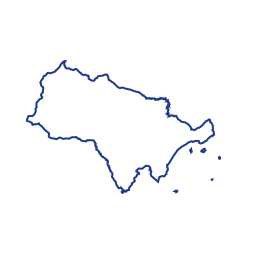 Thung Tako, Chumphon, Thailand, rotated 39°
{"feature_id": "78962969B56019548429008", "entity_name": "Thung Tako", "entity_type": "district", "adm_level": 2, "iso_a3": "THA", "parent_name": "Thailand", "parent_adm1": "Chumphon", "projection": "mercator", "projection_center": [99.077, 10.099], "detail": "fine", "context": "isolated", "style": "outline", "palette": "blue", "viewbox_px": 256, "rotation_deg": 39, "n_neighbors": 0, "source": "geoboundaries", "source_scale": "gbopen_adm2", "svg_char_len": 5854}
<svg xmlns="http://www.w3.org/2000/svg" viewBox="0 0 256 256"><g transform="rotate(39 128 128)"><path d="M185.2,150.9L183.8,147.9L183.3,146.1L183.9,145.5L184.2,144.7L184.8,143.8L186.7,142.7L186.5,140.7L186.8,139.6L185.6,137.9L185.3,135.3L184.9,135.1L184.2,134.2L183.3,134.0L182.9,133.1L182.3,132.5L181.8,132.5L181.6,132.1L182.0,131.4L182.1,129.6L180.8,120.3L180.5,113.6L181.7,108.3L183.3,104.3L184.3,100.7L185.2,99.1L186.0,98.1L187.1,98.1L188.4,95.9L190.4,93.9L191.5,93.6L192.1,94.5L192.8,94.8L194.3,94.3L195.0,92.8L195.7,92.3L196.4,89.5L197.0,88.7L197.0,85.2L197.9,81.4L198.2,81.1L198.8,81.0L198.7,80.3L199.1,79.1L198.4,78.9L197.8,77.6L197.4,77.2L195.9,76.7L194.9,76.5L194.7,75.4L192.1,72.5L189.5,71.5L187.8,71.6L187.1,70.3L186.4,70.0L185.5,70.5L184.9,73.0L184.2,73.9L184.4,75.1L184.0,76.1L184.2,77.8L183.6,81.4L183.2,82.9L182.5,83.6L181.7,85.3L181.6,86.5L180.5,88.1L179.2,88.4L178.7,89.1L178.2,89.3L177.8,89.3L177.2,88.5L175.8,87.8L172.6,87.2L168.9,87.7L165.4,89.5L163.4,89.4L161.3,89.6L157.7,88.2L157.3,88.6L156.8,89.8L156.0,89.8L155.7,90.2L155.1,90.0L154.0,90.6L152.4,93.4L152.1,92.5L151.9,92.2L151.3,92.6L150.2,92.7L150.0,92.1L149.1,92.4L149.2,91.7L150.0,90.9L148.4,90.0L147.9,88.3L146.3,88.0L145.7,88.4L145.6,88.0L145.2,87.4L145.8,87.3L145.4,87.1L146.0,86.8L146.1,86.3L145.9,85.9L145.3,85.6L145.4,85.4L145.9,85.3L145.3,85.0L145.8,84.8L145.5,83.5L145.0,83.6L144.3,82.9L143.8,83.1L143.6,82.7L143.3,82.8L143.0,82.4L142.5,82.7L142.3,82.4L141.8,82.4L141.6,81.7L141.3,82.2L141.3,81.9L141.0,82.0L140.1,81.7L139.5,81.9L138.9,81.6L139.0,82.1L138.5,81.9L138.4,82.4L138.1,82.6L137.7,82.4L137.5,83.1L137.3,83.0L137.2,83.2L136.6,83.4L136.4,83.1L135.8,83.4L135.9,83.7L135.7,84.0L134.4,84.3L134.7,84.9L134.3,85.2L134.4,85.6L133.8,85.8L133.8,86.7L133.3,86.6L133.0,87.0L132.6,86.9L132.3,87.3L132.6,87.7L132.1,88.5L131.8,88.4L130.9,89.0L130.7,88.9L130.7,88.3L129.9,88.3L129.4,89.1L128.0,89.9L127.8,90.7L127.4,90.7L127.2,91.0L126.4,91.0L126.5,91.3L125.9,91.5L125.9,91.9L125.5,92.2L125.0,92.2L124.5,92.8L123.9,92.8L123.8,93.3L123.5,93.1L123.2,93.5L122.5,93.0L120.5,93.1L119.7,92.8L119.1,93.0L118.9,93.5L116.3,93.2L114.3,93.3L109.7,95.4L105.9,96.6L101.3,98.9L98.1,100.1L96.8,101.9L95.5,102.4L94.5,102.6L90.2,102.3L88.0,102.0L86.6,102.4L84.2,102.3L82.8,102.8L80.1,100.5L78.2,99.7L77.5,100.5L76.9,100.6L75.9,101.9L75.6,102.9L72.2,106.6L72.2,107.3L72.5,108.8L71.9,109.4L71.5,110.6L72.0,112.4L70.2,113.9L66.6,114.5L65.5,113.6L65.1,112.7L64.2,112.3L62.7,113.3L61.5,113.3L60.8,113.9L60.4,114.7L59.6,115.1L57.4,115.3L56.6,114.9L56.0,115.2L50.7,114.7L49.8,115.5L49.4,117.1L48.6,117.7L47.4,118.0L46.7,118.5L44.7,118.6L43.3,120.1L42.5,120.4L41.2,120.4L40.5,119.6L39.2,119.5L38.9,118.9L38.3,118.6L37.3,117.5L37.5,116.8L37.3,115.4L36.7,115.8L36.0,117.2L35.8,121.4L36.4,122.7L36.2,126.4L35.6,128.6L35.9,129.2L35.8,130.2L33.1,134.5L31.7,135.0L30.8,135.9L31.0,136.9L30.7,137.9L31.0,138.4L30.8,139.3L30.0,140.2L30.0,141.6L30.7,143.0L30.7,145.6L31.4,148.1L32.5,148.2L33.7,149.6L34.8,149.9L36.1,149.7L37.1,150.3L38.3,152.6L39.4,153.6L39.2,156.1L39.8,157.4L40.1,157.6L41.8,157.8L42.4,158.8L42.3,159.3L41.3,160.9L41.0,166.0L43.0,168.6L43.8,169.0L44.0,171.2L44.4,171.7L45.6,172.5L46.6,175.8L46.5,177.8L46.1,178.9L43.2,181.3L43.2,181.9L44.5,185.6L44.9,186.0L45.9,185.8L48.1,184.8L50.3,184.6L50.8,184.7L51.4,185.6L51.8,185.6L52.3,184.7L53.7,183.5L54.9,182.0L55.5,181.7L55.8,180.6L56.5,180.9L58.6,181.1L59.5,180.9L64.4,181.8L69.7,181.8L70.6,182.3L71.1,183.7L71.9,184.5L72.8,184.7L75.0,184.1L77.4,182.6L79.4,181.8L80.8,178.4L84.5,177.2L87.0,174.6L88.8,173.5L89.6,172.3L89.5,171.7L90.8,169.9L92.8,168.5L93.1,167.8L93.8,167.6L94.3,167.8L95.0,167.5L96.0,167.8L96.8,167.4L96.9,167.0L97.6,166.9L99.5,167.2L101.4,166.4L102.2,165.7L103.8,164.9L103.8,163.6L104.5,163.1L104.4,162.8L104.7,162.4L106.7,161.2L107.9,160.0L109.3,159.3L110.6,159.6L111.2,160.3L111.8,160.2L112.4,160.7L112.8,160.6L113.1,161.6L113.7,161.7L113.8,162.3L114.7,162.7L115.2,162.5L115.3,163.2L116.2,163.2L116.6,164.0L117.4,164.2L117.3,164.6L118.0,164.4L119.6,164.4L120.3,164.8L120.7,164.7L121.1,165.3L122.0,165.4L122.3,165.7L122.7,165.6L123.1,165.2L123.9,166.2L124.7,166.2L125.2,166.5L125.5,166.3L126.5,166.4L127.1,166.1L127.7,166.3L128.7,166.0L129.7,166.2L130.7,165.9L131.1,166.6L131.5,166.4L132.0,166.6L132.5,166.1L133.0,166.3L133.9,166.9L134.1,168.2L135.0,169.2L135.9,169.6L136.6,169.4L137.0,169.9L137.5,169.7L137.9,170.6L138.7,170.6L139.1,171.3L139.5,171.3L140.0,171.8L140.6,171.6L141.3,172.5L144.0,172.9L145.4,174.2L146.0,175.7L146.4,176.1L147.9,176.2L149.2,177.0L150.5,177.4L151.9,177.3L154.5,179.3L158.1,180.5L158.9,180.5L159.7,179.5L159.7,178.7L159.9,178.6L161.3,179.1L162.6,179.0L163.7,180.3L163.2,181.3L163.3,181.7L164.0,182.0L164.8,181.5L165.0,181.1L164.5,179.5L164.6,178.9L165.1,178.6L166.1,178.9L166.5,178.8L166.7,178.4L166.5,176.8L167.8,175.6L166.5,173.7L166.6,169.5L165.8,168.6L166.7,165.6L166.6,164.9L166.3,164.5L164.9,163.9L164.4,163.1L164.5,162.4L165.1,160.9L164.4,158.4L165.4,157.0L165.5,156.5L165.1,156.2L164.2,156.0L161.8,156.5L161.4,156.1L161.4,155.6L161.8,152.8L164.1,151.1L164.7,150.5L165.5,146.6L166.4,145.5L167.5,144.8L168.2,144.6L170.0,144.7L170.6,145.2L170.8,146.3L171.1,146.9L171.8,146.2L172.5,147.1L173.4,147.1L173.9,147.9L173.8,148.5L174.4,149.3L176.2,150.6L185.2,150.9ZM201.7,96.7L200.8,95.9L200.3,96.1L199.6,98.3L199.4,99.6L199.7,100.1L200.3,100.0L201.0,99.2L201.7,99.4L202.1,99.2L202.2,98.0L202.1,97.4L202.3,96.8L201.7,96.7ZM205.8,147.7L206.3,146.4L206.1,146.0L205.2,146.0L204.7,146.4L204.2,147.6L204.9,147.3L205.8,147.7ZM218.6,94.3L218.8,94.0L218.6,93.3L218.0,92.9L217.2,93.0L217.1,93.5L217.9,94.4L218.6,94.3ZM191.4,105.7L190.9,105.6L190.9,105.1L190.5,104.8L190.6,105.3L190.2,105.8L190.6,106.5L191.1,106.6L191.4,105.7ZM192.4,107.1L192.5,106.4L192.1,106.3L192.0,106.7L192.4,107.1ZM225.8,115.6L226.0,114.9L225.9,114.8L225.6,115.5L225.8,115.6Z" fill="none" stroke="#1e3a8a" stroke-width="2"/></g></svg>